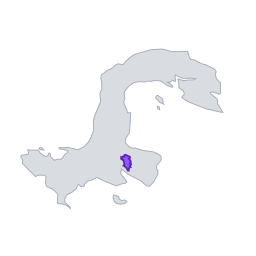 Ocú, Herrera, Panama shown in context, rotated 315°
{"feature_id": "35544464B32201522330751", "entity_name": "Ocú", "entity_type": "district", "adm_level": 2, "iso_a3": "PAN", "parent_name": "Panama", "parent_adm1": "Herrera", "projection": "equal_earth", "projection_center": [-80.813, 7.919], "detail": "fine", "context": "in_parent", "style": "filled", "palette": "violet", "viewbox_px": 256, "rotation_deg": 315, "n_neighbors": 0, "source": "geoboundaries", "source_scale": "gbopen_adm2", "svg_char_len": 5850}
<svg xmlns="http://www.w3.org/2000/svg" viewBox="0 0 256 256"><g transform="rotate(315 128 128)"><path d="M224.5,116.1L223.8,116.8L221.9,120.5L220.8,123.7L223.3,127.1L224.1,130.7L225.5,134.6L227.8,138.5L230.3,145.8L230.8,148.7L230.1,150.6L227.8,151.7L225.6,155.1L225.0,159.3L225.4,161.4L218.8,168.0L217.1,169.1L216.0,168.1L214.6,164.7L212.9,162.1L212.0,161.1L211.4,161.1L210.9,161.7L210.7,163.2L211.6,169.4L210.8,171.9L208.6,173.9L206.1,184.0L205.0,182.7L196.5,169.1L189.1,152.1L187.6,144.5L189.5,144.0L191.3,144.2L192.3,143.0L193.5,140.8L192.5,135.6L196.1,131.7L197.4,129.0L198.4,129.3L200.8,133.9L204.2,136.4L208.3,140.2L210.9,141.0L207.6,137.1L202.0,131.9L200.4,128.5L198.9,123.8L196.7,125.8L195.7,127.6L194.6,128.5L193.6,127.4L193.4,125.8L190.1,125.5L189.2,124.1L188.3,123.4L188.7,126.3L189.4,128.1L189.1,130.3L188.0,130.5L187.1,128.2L185.9,126.2L184.3,117.5L180.5,113.5L178.8,112.1L177.4,111.6L175.3,108.9L172.5,107.4L168.7,103.1L164.1,100.0L158.4,99.0L151.6,99.6L149.3,101.3L147.7,103.5L147.0,104.5L142.9,107.0L141.4,110.6L140.4,113.6L138.4,117.0L140.7,119.1L127.5,130.8L124.9,132.5L118.9,133.7L117.5,134.9L115.7,137.2L115.5,140.7L115.8,143.7L117.5,146.0L119.0,147.5L122.7,154.4L129.3,163.2L130.5,166.4L131.5,171.1L129.6,173.4L128.0,174.3L121.8,174.7L119.6,176.6L118.8,179.5L116.4,181.8L108.4,184.2L102.1,184.4L100.1,181.7L99.7,174.1L95.4,161.1L94.4,152.1L93.3,153.3L91.1,154.3L90.3,156.5L89.7,163.1L88.9,165.4L87.2,165.2L83.6,162.8L78.8,160.6L72.8,146.6L72.2,144.0L71.0,140.8L66.3,139.5L62.3,137.2L58.0,136.8L55.7,138.1L53.5,136.4L53.1,132.6L48.5,134.3L42.7,133.7L37.4,132.1L33.8,133.0L30.8,135.7L31.2,142.7L30.3,144.0L30.2,141.2L29.2,137.9L27.9,135.2L25.3,132.4L25.2,131.3L26.2,129.9L31.0,125.8L31.6,124.1L31.7,120.6L31.2,117.2L29.1,112.2L30.3,109.1L32.8,106.7L35.3,104.7L35.8,103.9L35.3,102.2L33.8,100.4L30.4,97.3L28.3,97.1L28.2,88.1L28.3,78.6L28.9,77.7L30.1,77.1L31.2,75.6L31.7,72.8L33.2,71.8L36.0,74.0L38.8,75.9L39.9,75.3L40.8,74.3L41.4,73.4L41.6,72.6L43.8,75.1L48.4,79.6L48.6,81.8L48.2,83.9L49.5,90.0L51.8,90.9L54.2,89.7L54.8,90.8L54.4,91.9L53.1,93.2L52.8,98.4L56.7,100.8L58.7,103.0L65.1,102.0L67.5,102.6L69.2,101.9L67.4,97.7L64.9,94.6L65.1,93.2L67.0,94.3L68.4,96.4L71.6,99.0L77.4,108.1L84.1,110.3L89.5,110.0L94.4,108.8L102.3,105.3L108.1,98.9L112.6,96.0L127.4,89.9L132.6,83.6L134.9,82.8L137.0,82.0L141.6,77.2L144.1,73.4L146.7,71.6L154.6,72.9L159.6,74.7L163.1,74.4L166.5,75.7L168.0,78.4L169.5,79.6L177.8,79.3L184.5,80.6L199.4,88.7L208.3,96.7L213.0,105.1L224.5,116.1ZM75.3,179.1L73.4,179.3L69.5,177.3L66.6,173.4L66.3,172.1L66.4,170.8L68.0,166.7L70.1,165.4L70.9,165.4L72.9,170.0L71.6,171.8L72.1,174.7L75.0,176.8L75.3,179.1ZM170.8,134.4L170.1,136.4L168.4,131.9L168.7,130.7L168.6,126.7L170.1,125.6L171.3,125.5L172.2,126.1L172.8,130.9L172.4,133.0L170.8,134.4ZM53.2,81.8L52.8,84.1L50.1,80.1L51.7,79.4L52.3,79.5L53.2,81.8ZM164.9,135.3L163.3,137.4L162.7,135.4L163.8,133.3L164.2,133.3L164.9,135.3Z" fill="#d9dde1" stroke="#a8b0b8" stroke-width="1"/><path d="M101.9,144.3L101.8,144.5L101.7,144.4L101.5,144.5L101.4,144.7L101.3,144.8L101.3,145.0L101.5,145.3L101.4,145.4L101.5,145.5L101.5,145.8L101.5,146.0L101.6,145.9L101.6,146.0L101.8,146.0L101.9,146.3L102.0,146.4L102.1,146.5L102.1,146.8L102.3,146.9L102.3,147.1L102.2,147.2L102.1,147.3L102.1,147.2L102.0,147.3L101.9,147.3L101.8,147.5L101.7,147.6L101.7,147.8L101.6,148.0L101.4,148.8L101.2,148.9L101.2,149.0L100.8,149.1L100.8,149.4L100.4,150.0L100.4,150.3L100.3,150.5L100.3,150.8L100.1,150.9L99.8,151.0L99.6,151.1L99.4,151.0L99.2,151.0L98.9,151.3L98.7,151.3L98.4,151.4L98.1,151.4L98.3,151.7L98.5,151.7L98.7,151.8L98.8,151.7L98.9,151.8L98.7,152.2L98.7,152.3L98.6,152.5L98.7,152.8L98.5,153.1L98.4,153.1L98.6,154.0L98.4,155.5L98.7,155.5L98.6,155.8L98.5,156.1L98.4,156.1L98.4,156.3L98.2,156.6L98.3,156.7L98.2,156.9L98.3,156.9L98.4,157.1L98.5,157.3L98.5,157.5L98.5,157.8L98.4,157.8L98.2,157.9L98.0,158.0L97.9,158.1L98.0,158.2L97.9,158.3L98.0,158.4L98.1,158.5L98.3,158.5L98.4,158.4L98.4,158.5L98.5,158.3L98.6,158.1L98.8,158.1L98.8,158.3L98.9,158.2L99.1,158.2L99.4,157.9L99.5,157.7L99.8,157.3L99.9,157.2L100.0,157.2L100.3,157.1L100.5,157.1L100.8,157.0L100.7,157.2L100.8,157.3L101.0,157.3L101.1,157.2L101.2,157.3L101.4,157.2L101.5,157.2L101.8,157.1L102.0,157.3L102.0,157.2L102.3,157.1L102.5,157.0L102.7,156.9L102.8,156.8L102.8,156.7L102.7,156.5L102.7,156.4L102.8,156.3L102.8,156.2L103.0,156.2L103.2,155.9L103.2,155.7L103.4,155.9L103.5,155.9L103.7,156.0L103.8,156.1L104.2,156.0L104.3,156.0L104.5,155.9L104.8,155.8L104.8,155.7L104.9,155.4L104.9,155.2L105.0,155.0L105.0,154.9L104.9,154.8L105.0,154.8L105.0,154.7L105.1,154.3L105.1,154.1L105.3,154.2L105.7,154.2L105.8,153.9L106.0,153.9L106.3,153.7L106.2,153.6L106.3,153.5L106.2,153.4L106.3,153.2L106.5,153.0L106.5,152.9L106.6,152.7L106.6,152.4L106.6,152.2L106.6,151.6L106.7,151.4L106.7,151.2L106.8,151.2L106.9,150.6L107.1,150.6L107.1,150.4L107.2,150.5L107.2,150.4L107.3,150.3L107.4,150.1L107.5,150.1L108.2,150.6L108.3,150.5L108.3,150.4L108.3,150.2L108.5,150.1L108.7,149.9L108.7,150.0L108.7,149.9L108.9,149.9L109.0,149.9L108.8,148.7L108.7,148.5L108.7,148.4L108.6,148.2L108.4,148.1L108.3,147.9L108.2,147.8L108.1,147.7L108.0,147.4L108.1,147.2L108.0,146.8L108.0,146.7L108.0,146.3L107.9,146.1L107.7,145.9L107.7,146.0L107.6,145.9L107.6,145.7L107.4,145.5L107.2,145.4L106.9,145.2L107.0,144.9L106.9,144.9L106.7,144.8L106.5,145.0L106.4,145.0L106.2,145.1L106.2,145.3L105.9,145.4L105.9,145.2L105.8,145.3L105.8,145.2L105.7,145.3L105.7,145.2L105.6,145.3L105.6,145.2L105.3,145.0L105.2,145.1L105.1,145.3L104.9,145.1L104.7,145.1L104.5,144.9L104.5,145.0L104.5,144.9L104.4,144.9L104.2,144.7L104.1,144.8L103.9,144.8L103.8,144.7L103.7,144.7L103.6,144.4L103.5,144.2L103.3,144.3L103.3,144.2L103.3,144.3L103.2,144.2L102.9,144.1L102.7,144.0L102.4,144.1L102.4,143.9L102.3,144.0L102.2,144.1L102.1,144.3L102.0,144.2L101.9,144.3Z" fill="#8b5cf6" stroke="#5b21b6" stroke-width="1.5"/></g></svg>